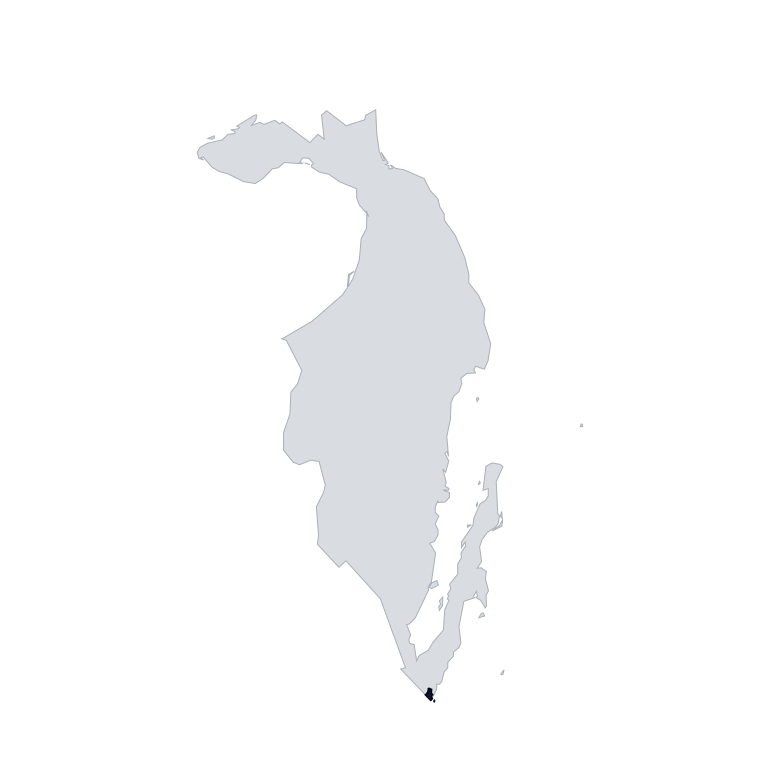 Tijuana, Baja California, Mexico shown in context, rotated 232°
{"feature_id": "50627088B36536609271858", "entity_name": "Tijuana", "entity_type": "district", "adm_level": 2, "iso_a3": "MEX", "parent_name": "Mexico", "parent_adm1": "Baja California", "projection": "orthographic", "projection_center": [-117.002, 32.378], "detail": "fine", "context": "in_parent", "style": "filled", "palette": "ink", "viewbox_px": 768, "rotation_deg": 232, "n_neighbors": 0, "source": "geoboundaries", "source_scale": "gbopen_adm2", "svg_char_len": 5068}
<svg xmlns="http://www.w3.org/2000/svg" viewBox="0 0 768 768"><g transform="rotate(232 384 384)"><path d="M105.8,226.0L149.1,221.7L147.2,226.2L216.8,248.9L268.1,245.2L267.3,235.6L298.9,232.9L305.0,239.2L329.0,255.2L336.0,270.1L340.7,275.6L362.8,285.1L368.9,279.7L372.5,267.6L378.4,264.3L393.5,264.1L407.5,274.8L418.3,291.5L434.9,305.6L437.2,315.8L445.3,327.6L478.6,333.9L482.4,331.3L477.7,366.0L479.8,405.8L482.3,414.0L492.2,423.7L491.1,430.0L490.9,423.8L482.7,415.6L486.0,424.0L496.8,440.8L512.7,455.6L517.2,465.8L528.2,474.9L525.4,475.1L531.3,476.6L529.4,475.4L539.7,474.7L547.4,476.9L554.6,482.6L570.9,473.4L583.2,469.7L590.8,463.5L599.3,460.5L601.2,461.7L600.9,464.1L608.1,463.8L612.3,459.1L610.3,453.8L608.2,455.8L608.6,454.5L619.9,441.7L619.5,433.8L622.4,428.4L620.5,415.8L621.3,405.9L629.9,397.9L646.0,390.3L652.7,385.1L660.5,382.0L674.3,381.3L675.0,378.9L671.5,379.8L675.7,377.1L681.7,379.5L683.7,384.8L682.4,393.0L675.9,407.0L676.9,414.7L673.3,420.5L674.4,422.0L678.2,420.2L674.9,426.2L675.2,428.1L677.8,426.7L675.6,447.2L674.5,449.3L671.1,445.8L669.3,438.9L666.5,447.4L662.6,449.1L659.0,460.4L653.1,461.9L653.1,465.2L619.9,474.2L621.4,485.7L613.8,487.6L634.4,500.4L634.7,507.0L610.8,513.2L604.1,531.5L607.0,534.9L605.2,546.3L585.6,532.3L570.0,523.4L560.8,520.6L559.9,522.1L568.5,524.4L555.5,523.5L556.1,520.4L552.9,522.3L550.5,520.2L548.5,523.5L552.9,524.0L546.6,526.0L540.7,531.5L521.3,542.1L507.8,539.5L496.6,540.4L488.7,536.9L481.1,536.2L475.9,532.4L457.4,531.7L433.9,525.5L418.3,518.5L411.5,513.1L396.0,513.1L380.9,509.6L370.9,500.4L349.9,492.8L338.2,480.2L333.9,472.1L341.6,467.1L340.1,463.7L336.4,462.9L341.3,455.8L341.2,448.0L336.7,445.8L331.9,438.5L331.4,431.4L328.1,425.4L315.4,414.7L304.0,401.2L287.2,390.2L291.9,392.2L292.0,389.4L283.4,387.5L276.4,378.2L280.9,378.1L268.1,372.4L266.1,369.3L261.6,370.8L260.7,369.4L264.0,365.3L258.2,368.7L254.5,366.1L253.3,359.7L257.3,353.6L258.9,354.6L255.5,348.8L251.4,345.4L246.2,345.9L242.2,338.1L235.8,336.8L231.8,333.6L228.9,326.7L230.3,322.1L219.0,320.6L198.5,299.1L197.2,293.8L194.2,292.3L180.6,265.0L179.2,256.5L180.4,253.7L169.8,250.5L167.2,246.0L163.7,244.6L160.1,247.3L145.7,239.2L148.4,244.6L146.9,255.1L150.3,263.4L153.5,279.2L168.6,292.8L173.6,302.1L175.8,301.6L177.1,304.4L179.2,304.6L181.5,310.7L185.8,312.4L188.8,325.0L196.7,331.2L199.5,338.2L203.2,340.3L206.2,348.7L209.4,350.7L207.3,344.4L211.8,347.8L217.9,367.1L223.1,372.4L230.4,386.0L229.8,391.9L231.5,397.1L237.4,401.8L239.2,396.5L256.4,413.7L255.3,420.5L249.2,426.0L245.6,426.8L238.0,412.3L211.5,393.6L209.2,394.0L203.7,388.0L202.5,383.7L203.5,374.2L200.9,365.3L196.8,359.1L184.2,351.7L181.4,344.1L179.3,347.5L173.1,349.1L168.3,344.1L156.7,339.0L154.8,334.5L146.1,328.2L145.3,326.0L154.1,327.0L159.2,325.0L159.2,327.1L163.6,329.1L161.8,323.9L159.8,323.7L163.6,313.1L146.6,293.7L132.8,285.3L130.2,280.9L130.0,273.6L126.7,271.3L125.4,262.9L121.0,259.4L120.3,254.5L114.3,246.7L113.2,243.1L115.0,240.6L110.9,237.5L105.8,226.0ZM197.8,299.5L196.6,304.6L192.1,303.1L193.5,295.4L196.1,294.5L197.8,299.5ZM180.0,299.2L173.5,293.9L171.6,288.3L174.8,290.1L175.7,293.2L178.9,293.9L180.0,299.2ZM684.0,403.0L682.3,401.8L682.6,399.4L686.0,396.4L684.0,403.0ZM204.2,394.2L199.4,389.2L201.7,378.6L201.3,388.0L204.2,394.2ZM142.7,321.2L139.2,320.5L141.4,314.8L143.1,319.0L142.7,321.2ZM84.9,302.7L82.0,299.0L82.6,297.4L83.6,297.5L84.9,302.7ZM208.1,394.2L211.1,398.1L205.1,394.4L208.1,394.2ZM315.8,448.1L315.3,449.9L313.8,449.4L313.0,446.6L315.8,448.1ZM232.0,382.2L233.3,385.3L230.0,381.4L232.0,382.2ZM219.8,361.6L221.5,362.9L219.2,366.0L219.8,361.6ZM231.2,514.8L230.0,515.4L228.2,514.2L229.6,512.4L231.2,514.8ZM605.1,459.1L602.3,460.6L607.2,457.6L605.1,459.1ZM248.4,399.3L246.8,399.1L246.4,396.1L248.4,399.3Z" fill="#d9dde1" stroke="#a8b0b8" stroke-width="1"/><path d="M114.0,233.5L116.6,232.1L116.6,231.9L116.6,231.7L116.7,231.4L116.6,231.2L116.3,231.0L116.2,231.1L115.9,231.1L115.7,231.1L115.5,230.9L115.4,230.9L115.4,230.6L115.2,230.5L115.4,230.4L115.3,230.2L115.2,230.1L115.2,229.9L115.1,229.7L114.1,228.6L114.1,228.4L114.1,228.2L114.0,227.9L114.0,227.7L113.9,227.7L113.8,227.4L113.7,227.1L113.7,226.9L113.6,226.7L113.6,226.4L113.7,226.1L113.7,225.2L110.6,225.5L110.4,225.6L110.2,225.6L109.8,225.6L109.7,225.6L109.3,225.7L108.8,225.7L107.5,225.8L107.4,225.9L107.0,225.9L106.8,225.9L106.7,225.9L106.3,226.0L105.9,226.0L105.9,226.3L105.9,226.5L105.9,226.8L105.9,227.0L106.0,227.1L106.0,227.3L106.0,227.5L106.1,227.8L106.2,228.0L106.3,228.0L106.3,228.3L106.4,228.6L106.5,228.6L106.8,228.6L107.0,228.5L107.0,228.4L107.2,228.5L107.3,228.6L107.5,228.6L107.4,228.6L107.5,228.6L107.8,228.5L108.1,228.7L108.3,228.8L108.4,229.0L108.6,229.4L108.8,229.3L109.1,229.6L109.1,230.1L109.8,230.3L109.1,230.7L109.1,231.1L111.4,231.1L114.0,233.5ZM103.7,228.6L103.7,228.8L103.7,229.0L103.8,229.0L103.8,228.9L103.8,228.7L103.7,228.6L103.7,228.6ZM102.7,227.9L102.7,228.0L102.8,228.0L102.8,227.9L102.7,227.9ZM103.4,228.5L103.4,228.4L103.4,228.5L103.5,228.6L103.4,228.5L103.5,228.5L103.4,228.5L103.5,228.5L103.4,228.5Z" fill="#0f172a" stroke="#020617" stroke-width="1.5"/></g></svg>